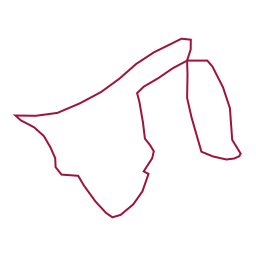 Brunei, Albers equal-area conic projection
{"feature_id": "BRN", "entity_name": "Brunei", "entity_type": "country or territory", "adm_level": 0, "iso_a3": "BRN", "parent_name": "Asia", "parent_adm1": "", "projection": "albers", "projection_center": [114.782, 4.523], "detail": "fine", "context": "isolated", "style": "outline", "palette": "rose", "viewbox_px": 256, "rotation_deg": 0, "n_neighbors": 0, "source": "natural_earth", "source_scale": "50m", "svg_char_len": 766}
<svg xmlns="http://www.w3.org/2000/svg" viewBox="0 0 256 256"><path d="M187.1,60.6L172.5,68.4L158.2,78.2L143.8,86.6L137.1,93.1L139.5,102.4L143.0,122.7L144.9,138.6L149.9,144.9L153.8,151.3L152.2,158.2L143.7,171.4L148.5,173.9L142.4,191.4L133.3,204.3L120.6,214.9L112.4,217.3L105.9,212.8L95.3,201.3L83.7,185.2L78.2,175.8L61.5,174.6L55.6,167.2L55.2,158.1L50.5,147.5L43.9,136.1L34.1,127.3L20.9,120.4L15.4,115.5L35.7,115.8L57.4,112.9L79.7,103.4L101.1,92.0L119.2,78.8L136.1,64.0L153.9,52.3L181.5,38.7L190.8,39.7L190.7,49.4L187.1,60.6ZM207.3,60.6L212.4,66.5L223.0,87.3L229.9,108.1L232.2,139.9L240.6,153.5L239.3,156.2L234.2,158.5L226.4,159.5L212.8,156.4L201.4,151.7L191.5,117.3L187.1,97.9L187.5,74.7L187.1,60.6L207.3,60.6Z" fill="none" stroke="#9f1239" stroke-width="2"/></svg>